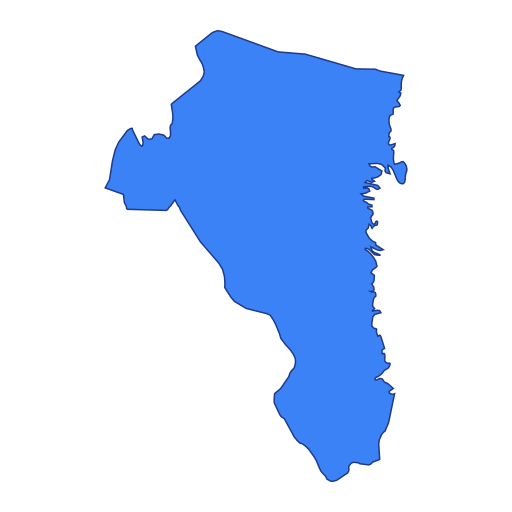 map outline of Gävleborg (Albers equal-area conic projection)
{"feature_id": "SWE-178", "entity_name": "Gävleborg", "entity_type": "County", "adm_level": 1, "iso_a3": "SWE", "parent_name": "Sweden", "parent_adm1": "", "projection": "albers", "projection_center": [16.784, 61.282], "detail": "fine", "context": "isolated", "style": "filled", "palette": "blue", "viewbox_px": 512, "rotation_deg": 0, "n_neighbors": 0, "source": "natural_earth", "source_scale": "10m", "svg_char_len": 4906}
<svg xmlns="http://www.w3.org/2000/svg" viewBox="0 0 512 512"><path d="M403.6,75.4L402.0,79.0L401.4,81.9L401.2,86.0L401.3,88.5L400.8,90.3L398.8,92.0L400.9,93.2L400.0,96.1L396.8,100.7L398.0,101.8L399.4,103.7L400.2,105.5L399.3,106.4L394.6,107.2L393.6,107.9L393.0,110.0L393.3,112.4L393.0,114.2L390.9,115.0L390.0,115.7L389.3,117.3L389.0,119.6L389.0,122.2L389.4,124.8L390.8,128.5L391.1,130.1L390.8,131.4L389.4,132.5L389.1,133.6L389.0,133.2L388.9,134.8L388.9,136.5L389.1,136.4L389.4,136.6L389.9,137.1L390.1,138.2L389.5,140.1L389.0,141.0L388.6,142.1L388.5,143.2L388.8,144.3L390.1,145.2L395.2,143.6L394.8,145.6L394.0,147.0L393.0,147.7L391.9,148.0L391.9,149.5L393.6,150.5L393.8,152.9L393.5,156.0L393.4,159.3L394.0,163.2L394.8,164.3L399.6,162.9L401.3,161.9L403.1,161.6L404.9,163.5L406.2,165.9L406.8,168.3L406.8,170.7L406.0,173.0L405.4,175.7L405.2,179.3L404.6,182.4L403.1,183.8L401.2,183.6L399.6,182.9L398.3,181.6L397.0,179.4L393.3,170.5L391.2,167.1L388.0,165.2L388.2,168.0L388.7,170.0L390.1,173.8L386.3,172.8L385.0,171.1L385.3,168.0L381.7,164.5L377.5,163.4L368.9,163.8L370.2,166.1L371.7,167.0L375.1,166.8L381.9,171.0L381.1,174.5L378.0,176.8L374.4,178.0L371.8,178.2L371.8,179.6L372.6,179.8L374.5,181.2L371.7,182.4L367.1,180.5L365.0,182.5L377.7,185.4L380.0,188.1L377.8,189.4L376.1,189.0L372.5,186.7L370.3,186.3L363.6,186.8L363.7,188.2L367.2,188.0L368.8,188.8L369.8,191.0L365.6,193.2L361.0,193.8L363.6,196.1L373.9,198.1L374.0,199.6L364.4,199.2L363.4,200.4L364.3,201.5L366.5,202.3L368.4,204.1L370.9,204.7L372.0,205.3L372.0,206.8L367.8,206.9L367.8,208.2L371.7,210.1L372.6,211.1L373.1,213.6L372.6,215.0L371.5,216.2L370.6,218.3L371.2,220.0L371.6,221.8L372.4,223.2L373.4,224.1L374.7,224.0L375.3,223.0L375.8,221.7L376.8,221.1L377.5,221.7L377.6,223.2L377.2,224.7L376.2,225.3L375.0,225.5L373.9,226.1L373.0,227.0L372.1,228.4L371.3,226.7L370.2,224.8L369.1,224.1L368.2,228.0L366.3,229.9L365.9,232.0L366.4,233.2L369.3,238.2L372.3,241.0L375.6,242.6L375.8,244.9L383.2,249.7L380.2,250.5L377.0,249.8L370.8,246.8L372.2,250.9L374.9,252.8L378.0,253.8L380.5,255.3L376.2,255.0L374.4,254.5L369.1,249.3L367.4,248.6L365.3,248.4L365.3,249.8L367.7,251.0L370.8,254.0L373.7,257.7L375.7,261.1L377.0,266.2L375.4,268.0L372.8,269.4L370.9,272.7L374.4,275.4L374.0,280.7L373.2,282.4L371.7,284.1L373.7,286.9L374.1,289.6L373.0,291.3L370.4,291.4L371.5,292.0L374.3,292.0L375.2,292.6L375.7,293.9L375.9,295.3L375.7,296.4L374.9,296.9L374.0,297.8L373.3,300.1L372.8,302.9L372.6,305.6L372.9,306.5L373.7,307.6L374.6,308.5L372.5,310.7L371.8,311.2L377.2,310.3L379.6,310.6L380.9,312.7L374.8,314.4L372.8,317.0L371.9,322.7L371.8,325.3L371.9,326.1L374.1,328.4L375.9,328.6L376.6,329.1L376.4,331.7L376.7,333.1L377.6,335.7L377.9,336.3L379.5,335.2L380.4,335.6L380.9,336.6L384.6,348.5L383.8,348.7L382.9,349.3L382.2,350.2L381.9,351.3L382.3,353.8L383.1,353.9L383.9,353.4L384.7,354.3L384.9,357.0L384.7,359.2L384.8,361.0L386.2,362.7L388.1,363.3L389.7,363.2L390.2,363.9L389.0,367.0L387.8,368.4L384.5,370.3L381.7,373.8L377.9,376.7L375.5,377.6L375.0,378.6L375.1,379.6L375.8,380.0L377.0,379.8L379.3,378.7L380.3,378.4L382.4,379.1L384.4,382.1L387.7,383.5L393.3,388.5L389.2,391.3L389.2,392.8L390.8,394.0L392.9,394.3L394.6,393.7L388.6,422.6L385.1,431.0L383.3,432.4L381.5,434.7L379.3,439.8L378.7,443.8L379.7,459.5L372.7,462.1L370.7,464.1L368.7,464.9L360.2,463.8L359.4,463.5L358.8,463.0L358.4,462.8L354.3,462.3L352.7,462.5L351.2,463.2L349.5,465.2L348.9,466.3L348.7,467.6L349.0,469.0L348.7,470.9L347.6,473.0L336.6,480.3L333.7,481.1L331.2,481.3L327.0,479.2L326.0,476.9L324.9,475.4L322.8,473.4L321.0,471.2L319.3,467.8L316.6,461.2L314.6,457.5L309.0,449.6L305.5,446.1L303.1,444.3L301.6,443.5L299.9,443.1L297.4,440.8L294.2,436.8L284.6,419.2L284.1,418.5L283.3,417.9L282.1,417.3L280.8,416.2L279.3,413.7L274.3,402.9L274.1,400.0L274.6,393.6L280.5,388.7L288.8,376.7L289.9,373.1L291.6,370.5L293.7,368.5L294.3,367.6L295.3,363.8L295.5,361.2L295.2,358.2L293.4,354.3L290.6,350.2L285.1,344.1L280.8,338.3L279.5,333.7L275.8,324.7L273.2,319.7L270.3,315.3L266.7,313.6L246.3,308.5L234.6,301.5L231.2,297.6L224.9,287.8L224.7,287.1L224.9,285.5L224.9,282.5L224.4,276.2L222.5,269.2L218.7,263.0L200.4,241.8L180.4,210.1L179.5,207.3L178.1,205.8L174.9,199.8L170.8,205.6L169.1,207.3L167.7,209.5L166.2,210.4L127.4,209.3L126.6,208.3L126.3,206.2L124.4,202.7L123.4,194.4L105.2,187.9L109.5,179.7L112.5,160.7L115.2,149.9L118.7,142.2L127.2,130.7L130.3,128.6L132.2,128.3L132.7,130.3L139.3,143.8L140.5,145.3L141.9,146.3L142.6,145.4L143.2,142.7L142.1,137.1L144.6,135.9L148.4,139.3L151.9,138.9L154.3,134.6L158.8,134.0L163.8,135.1L166.6,138.1L169.1,138.2L170.5,135.6L170.5,131.5L170.1,128.5L170.2,126.7L170.6,125.2L172.1,123.6L172.7,120.1L172.9,116.6L172.6,112.8L171.3,104.4L172.2,103.4L200.4,80.8L203.3,76.0L204.3,71.8L203.3,67.0L202.0,63.3L199.9,60.0L197.3,54.9L195.4,46.2L212.4,32.5L217.4,30.7L221.8,31.4L278.1,51.9L305.1,54.1L356.0,68.9L375.4,69.2L379.8,71.0L403.6,75.4Z" fill="#3b82f6" stroke="#1e3a8a" stroke-width="1.5"/></svg>